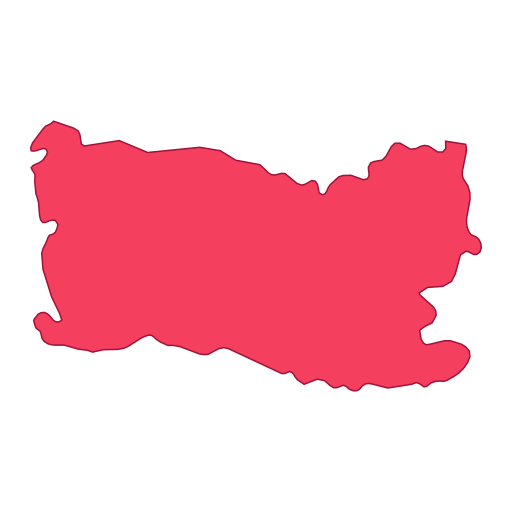 map outline of Oise (Natural Earth projection)
{"feature_id": "FRA-5331", "entity_name": "Oise", "entity_type": "Metropolitan department", "adm_level": 1, "iso_a3": "FRA", "parent_name": "France", "parent_adm1": "", "projection": "natural_earth1", "projection_center": [2.414, 49.417], "detail": "fine", "context": "isolated", "style": "filled", "palette": "rose", "viewbox_px": 512, "rotation_deg": 0, "n_neighbors": 0, "source": "natural_earth", "source_scale": "10m", "svg_char_len": 2883}
<svg xmlns="http://www.w3.org/2000/svg" viewBox="0 0 512 512"><path d="M465.6,144.3L466.4,147.7L466.3,151.8L462.4,171.1L462.3,175.0L463.1,178.4L468.0,186.2L469.9,192.8L470.0,199.6L466.7,217.8L466.5,222.4L467.1,226.9L468.6,231.2L471.0,234.7L476.2,237.0L478.8,239.3L480.8,243.4L481.3,247.9L480.0,251.9L476.7,254.4L473.8,254.5L468.7,251.9L466.0,251.2L460.4,255.0L455.3,273.9L451.5,281.4L442.7,286.4L427.6,287.4L419.3,292.8L419.8,294.8L433.5,307.1L435.6,310.6L436.2,315.3L432.2,322.8L425.1,326.3L419.7,330.2L421.1,339.3L423.4,343.0L425.8,344.6L428.6,344.5L444.7,340.7L450.7,340.8L461.4,344.2L465.9,347.0L469.3,351.1L469.9,356.7L467.6,362.6L463.6,368.3L458.9,373.0L454.5,376.0L447.5,380.1L444.1,381.3L439.4,381.0L435.3,381.4L431.1,382.9L426.3,386.5L423.9,386.8L419.4,383.6L416.3,382.6L411.6,384.3L387.8,388.0L371.1,383.8L368.1,383.5L365.2,384.0L361.9,386.2L360.3,388.4L358.7,389.8L356.3,390.8L353.3,390.8L350.2,389.6L348.7,388.7L345.8,386.1L343.1,385.3L336.7,387.7L333.6,387.7L330.0,385.5L324.6,380.6L317.1,379.2L304.1,384.3L297.6,379.9L294.9,376.6L293.7,374.4L292.0,372.5L289.6,371.5L284.5,373.6L281.6,373.5L228.8,348.8L223.9,347.6L218.4,348.8L208.0,354.4L203.9,354.6L199.3,353.9L180.0,346.6L172.7,345.3L168.0,345.5L160.2,341.9L156.4,339.4L154.2,337.2L151.8,335.5L149.0,335.1L144.6,336.4L140.8,338.3L127.9,346.5L123.5,348.4L117.5,349.4L103.2,349.7L92.6,352.1L87.3,350.2L78.5,349.2L64.3,345.1L54.6,345.1L51.2,344.7L47.7,343.7L44.1,341.3L42.0,338.3L41.1,334.2L40.2,331.4L35.8,327.8L34.3,323.0L33.7,320.4L34.1,319.4L38.0,314.3L41.0,312.7L44.2,312.4L47.2,313.7L49.7,315.8L53.2,320.1L53.8,320.6L54.9,321.3L57.0,322.0L59.2,321.7L60.8,320.8L61.4,320.4L61.7,319.9L59.7,313.7L51.6,296.8L43.0,269.3L42.1,258.1L41.7,253.2L43.1,248.5L46.0,242.7L48.1,237.4L49.2,235.6L49.9,235.0L51.0,234.8L52.9,234.1L55.4,232.2L57.3,227.6L57.8,224.2L55.4,220.5L52.4,220.1L49.3,220.8L46.6,222.0L44.6,222.5L42.7,222.4L40.6,219.9L39.6,215.6L38.5,202.4L37.3,197.7L35.9,193.8L34.8,182.1L35.0,174.7L33.6,172.0L32.1,169.8L31.2,167.7L33.2,165.4L39.3,162.7L42.7,160.3L46.2,155.5L47.5,152.2L45.9,148.9L43.3,148.6L40.1,149.3L36.9,150.5L33.9,151.1L31.2,150.8L30.7,147.6L32.6,142.8L43.0,129.0L45.6,126.2L51.0,123.6L53.6,121.2L73.6,128.1L78.3,131.0L79.9,134.8L81.4,144.0L84.2,146.0L119.3,140.6L147.7,152.5L199.7,147.3L220.3,150.7L235.7,160.2L259.9,164.7L268.6,173.0L271.7,174.8L275.0,175.0L281.7,173.3L285.1,173.6L296.9,183.4L301.7,185.1L305.2,184.2L311.8,180.5L315.4,181.2L317.5,184.5L319.2,192.9L322.5,194.8L325.1,193.7L326.8,191.0L328.2,187.7L329.9,185.0L338.8,176.8L343.1,175.5L350.9,175.3L363.3,179.7L367.1,178.9L368.9,176.5L369.0,173.5L368.5,170.2L368.4,167.1L370.6,162.9L374.2,161.5L382.2,160.1L385.9,156.4L391.4,146.5L395.0,143.2L400.1,143.2L410.4,149.2L416.2,148.6L420.4,146.4L424.6,145.4L428.7,146.1L437.8,152.0L442.7,152.0L445.8,148.5L445.6,141.2L465.6,144.3Z" fill="#f43f5e" stroke="#9f1239" stroke-width="1.5"/></svg>